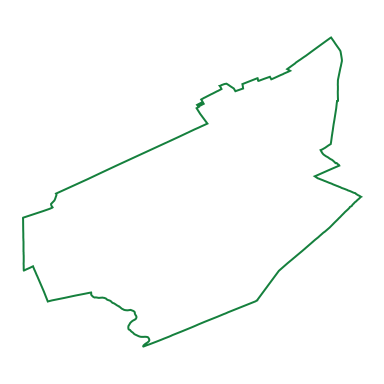 the district of Valeni, Olt, Romania
{"feature_id": "2599482B13933733442001", "entity_name": "Valeni", "entity_type": "district", "adm_level": 2, "iso_a3": "ROU", "parent_name": "Romania", "parent_adm1": "Olt", "projection": "robinson", "projection_center": [24.773, 44.228], "detail": "fine", "context": "isolated", "style": "outline", "palette": "green", "viewbox_px": 384, "rotation_deg": 0, "n_neighbors": 0, "source": "geoboundaries", "source_scale": "gbopen_adm2", "svg_char_len": 5864}
<svg xmlns="http://www.w3.org/2000/svg" viewBox="0 0 384 384"><path d="M257.3,300.4L257.6,299.6L269.2,283.9L278.9,270.8L287.7,263.1L302.2,251.0L315.2,239.7L318.6,237.0L318.7,236.8L323.8,232.3L324.2,232.2L326.1,230.6L329.7,227.5L334.5,222.6L337.8,219.4L338.7,218.4L340.1,217.1L341.6,215.5L342.7,214.4L343.9,213.2L344.8,212.2L347.8,209.5L348.8,208.5L349.3,208.0L349.9,207.0L350.2,206.8L351.6,206.1L351.8,205.8L352.2,205.2L352.8,204.4L353.8,203.5L354.6,202.5L355.1,202.1L356.1,201.4L356.5,201.0L356.6,200.8L357.8,199.7L358.8,198.9L359.2,198.5L359.6,198.1L360.3,197.4L360.6,197.0L361.0,196.8L359.2,195.7L358.1,195.2L357.0,194.5L356.3,194.1L356.0,193.9L355.8,193.6L355.6,193.4L355.3,193.2L354.9,193.0L354.5,193.0L352.6,192.3L352.1,192.0L349.8,191.0L347.9,190.4L347.3,190.0L346.5,189.7L344.2,188.8L343.0,188.4L341.8,188.0L341.4,187.8L340.1,187.1L339.1,186.8L338.3,186.4L338.0,186.3L337.4,186.1L335.4,185.3L333.1,184.4L331.7,183.7L330.1,183.1L329.7,183.0L329.2,182.8L325.1,181.1L324.6,181.0L324.0,180.7L323.8,180.6L321.8,179.8L320.7,179.4L319.0,178.7L317.8,178.3L316.1,177.2L314.8,176.3L316.7,175.5L327.5,170.7L333.7,168.0L339.3,165.6L339.1,165.2L338.6,164.7L338.1,164.4L337.8,164.2L336.7,163.1L336.3,163.0L335.9,163.1L335.5,163.1L335.4,163.0L334.7,162.2L333.5,161.1L333.0,160.6L332.2,160.0L331.8,159.7L331.1,159.4L330.2,158.9L329.6,158.5L327.8,157.2L327.3,156.9L326.4,156.5L325.8,156.1L324.2,155.0L323.7,154.6L323.4,154.4L322.9,153.8L322.4,153.2L321.2,151.2L320.6,150.1L321.8,149.6L322.3,149.4L325.4,147.6L325.8,147.3L328.5,145.4L329.0,145.1L330.3,144.3L330.7,144.1L331.0,142.6L331.4,139.7L331.5,139.0L331.7,137.4L331.9,135.9L332.1,134.6L332.3,133.5L332.3,133.1L332.4,132.6L332.7,130.8L333.2,127.2L333.6,124.4L334.4,119.8L336.2,108.4L336.8,102.9L337.0,101.8L337.0,101.0L338.0,100.8L338.0,99.5L337.9,97.3L337.8,93.3L337.8,91.0L337.9,90.0L337.9,88.4L337.9,87.0L337.9,85.9L337.8,85.1L337.9,81.2L337.9,80.5L338.0,79.7L339.1,74.3L339.8,70.9L340.4,68.0L340.9,66.0L341.3,63.9L341.9,61.1L341.9,60.6L341.9,59.9L341.6,57.7L340.6,51.8L340.4,51.2L340.3,50.8L338.8,48.6L337.3,46.5L336.6,45.5L335.9,44.5L334.8,42.9L333.9,41.5L332.9,40.1L331.1,37.5L330.7,37.7L326.5,40.7L318.1,46.8L313.3,50.3L310.7,52.2L305.7,55.9L304.3,56.8L302.0,58.4L300.3,59.6L298.9,60.5L297.9,61.2L296.0,62.5L295.1,63.4L287.2,69.1L290.1,70.8L288.3,71.7L286.2,72.6L283.7,73.7L282.9,74.2L282.1,74.5L281.1,74.9L276.3,77.1L272.8,78.7L271.3,79.3L270.5,77.9L270.2,77.3L269.9,76.8L264.2,78.8L258.6,80.9L258.4,80.9L258.2,80.8L258.0,80.2L257.9,79.6L257.7,78.5L257.6,78.2L257.4,78.2L242.4,84.1L242.8,86.1L243.1,88.5L235.4,91.2L234.8,90.2L234.0,88.8L233.7,88.4L232.9,87.9L230.3,86.2L228.6,85.0L226.5,83.7L225.2,83.9L224.3,84.1L221.5,85.1L220.3,85.8L219.7,85.9L220.6,87.2L221.5,89.0L221.0,89.3L217.8,91.0L217.0,91.3L215.5,92.1L212.4,93.7L211.1,94.3L207.8,96.0L207.0,96.4L205.3,97.3L203.8,98.0L203.2,98.4L202.4,98.8L201.2,99.5L201.7,100.3L202.7,102.0L197.1,104.9L198.1,106.1L203.4,103.3L203.7,103.8L198.5,106.5L198.8,106.9L196.6,108.2L200.2,113.9L207.4,123.6L203.9,125.2L200.6,126.7L198.7,127.6L194.6,129.4L178.3,137.1L116.9,165.4L101.1,172.8L87.6,179.2L56.0,193.6L56.4,194.2L56.4,194.5L56.5,194.9L55.8,196.9L55.2,198.7L54.4,200.5L51.1,203.9L51.1,204.7L51.5,205.9L52.6,207.4L52.4,207.6L49.7,208.8L43.1,211.1L23.1,217.7L23.0,218.2L23.1,220.0L23.2,229.9L23.3,233.4L23.3,235.2L23.3,236.3L23.3,237.8L23.4,239.3L23.4,240.6L23.5,241.7L23.5,246.3L23.5,250.9L23.5,251.7L23.6,252.1L23.6,252.6L23.6,253.2L23.6,254.0L23.7,255.7L23.7,258.1L23.7,261.9L23.6,263.6L23.7,265.8L23.7,266.9L23.7,267.7L23.7,268.5L23.8,269.6L23.7,270.0L23.8,270.1L24.0,270.5L26.5,269.3L27.9,268.7L29.7,267.9L33.0,266.3L33.5,267.6L33.7,268.0L34.0,268.8L34.6,270.2L35.0,271.0L35.8,272.9L36.4,274.3L36.9,275.5L37.3,276.2L37.6,277.0L43.9,291.6L47.8,301.5L48.9,301.2L52.0,300.4L64.5,297.9L72.4,296.2L75.7,295.5L83.5,294.0L89.5,292.8L91.1,292.5L91.2,292.8L91.2,293.3L91.2,294.2L91.2,294.4L91.2,294.6L91.3,294.8L91.6,295.3L91.9,295.6L92.4,296.1L92.6,296.3L93.4,297.0L93.7,297.1L94.0,297.3L94.3,297.4L94.6,297.5L94.8,297.5L95.1,297.5L95.6,297.4L96.0,297.4L96.6,297.5L98.2,297.8L99.0,297.9L99.7,297.8L102.5,297.6L102.8,297.7L103.5,297.8L104.2,297.9L104.8,298.1L105.3,298.3L106.0,298.6L106.4,298.9L106.6,299.2L106.9,299.5L107.7,299.9L108.0,300.0L108.6,300.2L109.8,300.6L110.2,300.8L111.0,301.4L111.2,301.5L111.3,301.7L111.4,301.8L111.9,302.3L112.1,302.5L112.3,302.7L113.2,303.1L114.3,303.5L114.7,303.8L115.8,304.5L116.6,305.1L117.1,305.4L118.2,306.0L118.9,306.4L119.0,306.4L119.1,306.6L119.5,306.7L120.4,307.5L121.0,308.0L121.7,308.6L122.2,308.9L123.1,309.3L123.7,309.7L124.4,309.9L125.0,310.1L126.0,310.2L126.8,310.3L127.7,310.3L128.7,310.2L129.2,310.1L130.0,310.0L130.7,309.9L131.1,310.1L133.2,310.9L134.0,311.4L134.3,311.7L134.6,312.0L134.8,312.6L134.8,313.2L134.9,313.7L135.1,314.2L135.5,315.0L135.9,315.5L136.2,316.0L136.3,316.5L136.5,317.0L136.4,317.5L136.2,318.2L135.9,318.8L135.4,319.1L134.8,319.7L133.7,320.2L132.5,320.9L131.4,321.8L130.6,322.6L130.2,323.0L129.4,324.5L128.9,325.3L128.6,325.7L128.4,326.3L128.3,327.5L128.4,328.6L128.5,329.0L128.7,329.3L129.0,329.6L129.5,329.8L130.0,330.0L130.3,330.3L130.7,330.9L131.7,331.8L132.6,332.4L133.2,332.9L133.8,333.6L134.5,334.2L135.5,334.7L137.0,335.4L138.7,336.2L139.9,336.6L140.8,336.8L142.3,336.9L143.1,336.9L144.3,336.8L145.5,336.8L146.6,336.9L147.6,337.1L148.1,337.4L148.8,338.4L149.2,339.3L149.3,339.9L149.3,340.4L149.0,341.0L148.6,341.6L146.8,343.0L145.7,343.6L144.6,344.5L143.6,345.4L143.2,346.2L143.4,346.5L143.8,346.4L146.9,345.2L148.6,344.6L150.0,344.1L156.8,341.5L159.1,340.6L160.9,339.9L163.8,338.7L169.2,336.6L171.7,335.5L172.2,335.2L174.5,334.3L181.8,331.4L191.8,327.3L195.1,325.9L198.7,324.3L205.2,321.6L211.5,319.1L217.3,316.8L220.9,315.3L224.0,314.0L225.4,313.5L227.2,312.7L227.8,312.4L234.3,309.8L255.6,301.3L256.1,301.0L256.6,300.5L257.3,300.4Z" fill="none" stroke="#15803d" stroke-width="2"/></svg>